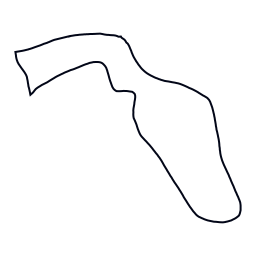 outline of Wadi Al Ayn, Hadramawt, Yemen
{"feature_id": "15242507B59999910917568", "entity_name": "Wadi Al Ayn", "entity_type": "district", "adm_level": 2, "iso_a3": "YEM", "parent_name": "Yemen", "parent_adm1": "Hadramawt", "projection": "albers", "projection_center": [48.371, 15.441], "detail": "fine", "context": "isolated", "style": "outline", "palette": "ink", "viewbox_px": 256, "rotation_deg": 0, "n_neighbors": 0, "source": "geoboundaries", "source_scale": "gbopen_adm2", "svg_char_len": 5562}
<svg xmlns="http://www.w3.org/2000/svg" viewBox="0 0 256 256"><path d="M236.4,193.1L235.5,191.3L234.8,189.5L234.6,189.0L234.1,187.8L233.6,186.5L233.4,186.0L232.5,184.1L231.8,182.5L231.0,180.7L230.3,178.8L229.4,176.9L228.6,174.8L227.7,173.0L226.7,170.9L225.9,169.1L225.4,168.1L225.0,167.2L224.0,165.1L223.2,163.2L222.5,161.4L222.1,160.4L221.8,159.4L221.2,157.4L220.7,155.4L220.3,153.3L220.1,151.4L219.9,150.2L219.8,149.6L219.8,148.9L219.7,147.8L219.4,146.0L219.3,144.2L219.1,142.2L218.8,140.2L218.6,139.0L218.4,138.0L218.2,137.1L218.0,136.1L217.8,135.0L217.5,133.7L217.4,133.2L217.1,131.8L216.5,129.6L216.3,127.8L215.9,126.0L215.8,124.9L215.7,124.2L215.3,121.8L214.9,119.6L214.7,118.2L214.6,117.6L214.2,115.9L214.2,115.6L213.8,113.7L213.6,113.1L213.4,112.1L212.8,109.7L212.2,107.4L211.4,105.2L210.8,103.6L210.1,101.7L209.0,99.8L207.7,98.4L207.5,98.1L206.0,97.1L205.6,96.9L204.5,96.2L202.9,95.4L202.3,95.0L201.7,94.6L200.5,93.9L199.6,93.3L198.7,92.8L197.9,92.2L197.0,91.7L195.4,90.8L194.4,90.3L193.5,89.8L191.4,88.8L189.1,87.9L187.6,87.1L185.4,86.1L183.8,85.4L182.1,84.7L180.3,84.0L179.0,83.6L178.6,83.5L178.0,83.3L177.3,83.2L176.4,83.0L174.6,82.6L172.7,82.3L171.0,82.0L170.9,81.9L170.1,81.8L168.6,81.5L166.5,81.2L165.9,81.1L164.6,80.9L162.7,80.3L160.9,79.8L160.2,79.5L158.9,79.1L157.0,78.3L156.3,78.1L154.6,77.4L152.6,76.4L151.2,75.7L150.5,75.4L150.1,75.1L148.8,74.4L146.9,73.2L145.3,72.0L143.8,70.7L141.9,68.9L140.6,67.4L139.8,66.3L139.6,66.0L139.3,65.7L138.7,64.9L138.3,64.4L137.8,63.6L137.3,62.8L136.0,61.0L135.9,60.7L134.8,58.9L133.6,56.8L132.6,54.6L132.3,53.8L131.7,52.5L131.5,51.8L131.2,50.9L130.4,49.1L130.3,48.9L129.5,46.9L129.0,45.8L128.6,45.1L127.7,43.6L126.3,42.5L125.7,41.3L124.5,39.7L121.9,37.9L121.6,37.7L121.3,37.3L121.1,37.0L121.0,36.9L121.0,36.7L120.9,36.5L120.7,36.5L120.1,36.6L119.7,36.7L119.4,36.7L118.5,36.7L118.0,36.5L117.5,36.2L115.7,35.6L113.9,35.3L112.0,35.2L110.3,35.1L108.6,34.9L108.1,34.9L106.4,34.8L105.9,34.7L104.5,34.5L102.2,34.0L100.5,33.7L99.9,33.7L98.8,33.7L96.7,33.8L94.7,33.9L92.4,34.0L90.6,34.0L88.7,34.1L88.4,34.2L86.5,34.2L85.7,34.3L84.5,34.3L82.8,34.5L82.3,34.5L80.5,34.7L79.8,34.7L77.6,35.0L75.4,35.2L73.5,35.5L72.4,35.7L71.0,35.9L69.3,36.4L69.3,36.2L54.5,39.8L53.9,40.0L52.3,40.6L50.7,41.3L49.7,41.7L49.1,42.0L48.2,42.3L47.4,42.7L45.6,43.3L43.9,43.8L43.0,44.2L42.3,44.5L40.1,45.4L38.0,46.1L36.0,46.8L35.4,47.0L34.3,47.4L32.4,48.1L32.2,48.2L31.5,48.4L30.0,48.9L28.8,49.2L28.4,49.4L26.7,49.8L24.3,50.4L22.4,50.8L20.1,51.2L18.3,51.5L15.9,51.9L15.4,52.0L15.5,52.5L15.8,54.5L16.0,55.7L16.0,56.3L16.4,58.4L16.9,60.2L17.3,61.2L17.7,62.3L18.5,63.7L18.5,63.8L19.8,65.7L20.5,66.7L20.9,67.3L21.2,67.7L22.0,68.9L22.4,69.3L23.2,70.5L23.9,71.4L24.3,72.0L25.2,73.4L26.2,75.2L26.9,77.0L27.2,78.8L27.6,80.6L27.9,82.6L27.9,82.8L28.2,84.3L28.5,86.5L28.7,87.1L29.1,88.5L29.2,89.0L29.5,90.3L29.7,91.3L29.9,92.1L30.1,93.2L30.3,94.4L30.4,94.8L31.5,93.8L31.7,93.7L33.1,92.4L34.4,90.7L35.7,89.1L37.1,88.0L37.8,87.5L38.6,87.0L40.1,86.1L41.8,85.0L43.4,84.2L45.2,83.3L47.2,82.3L48.6,81.4L49.2,81.0L50.5,80.2L52.3,79.1L54.0,78.1L55.4,77.2L57.4,76.1L59.1,75.3L60.3,74.7L61.1,74.3L63.3,73.3L64.0,72.9L65.3,72.3L67.1,71.6L68.8,70.9L70.6,70.1L72.7,69.5L74.4,68.9L76.3,68.1L77.8,67.5L78.4,67.3L80.2,66.5L81.9,65.8L83.5,65.1L85.6,64.3L87.6,63.7L89.6,62.9L91.7,62.5L93.4,62.1L95.5,62.0L96.8,62.0L97.2,62.0L99.0,62.1L100.0,62.3L100.8,62.5L102.4,63.3L103.7,64.5L103.8,64.6L105.2,66.2L105.7,67.0L106.2,67.8L106.8,69.5L107.2,70.5L107.4,71.4L107.9,73.0L108.6,75.4L109.2,77.7L109.7,79.4L110.3,81.3L110.6,82.1L110.9,82.9L111.1,83.5L111.7,85.2L112.4,87.0L113.5,88.8L114.2,89.5L115.0,90.2L116.4,91.1L118.1,91.2L118.6,91.2L120.0,91.2L121.7,91.1L122.9,91.0L123.5,90.9L125.1,91.0L125.9,91.0L126.4,91.0L128.2,91.2L129.2,91.4L130.1,91.5L131.5,91.7L132.2,91.8L132.5,92.0L133.6,92.8L134.8,94.1L135.2,95.8L135.2,97.3L135.2,97.6L134.9,99.9L134.6,101.3L134.5,102.1L134.4,102.6L134.3,104.0L133.9,106.2L133.5,108.4L133.3,110.4L133.4,112.3L133.3,114.2L133.4,116.2L133.7,118.1L134.4,119.6L134.5,119.8L135.2,121.4L136.0,123.4L136.1,123.6L136.6,125.0L137.0,126.4L137.2,127.0L137.8,128.9L138.6,130.9L138.8,131.5L139.1,132.1L139.5,133.1L140.1,134.3L140.3,134.7L141.3,136.1L141.4,136.3L142.5,137.5L143.9,139.0L144.9,140.1L145.1,140.3L145.4,140.6L146.3,141.5L147.7,143.1L149.4,144.9L150.9,146.7L152.3,148.4L153.4,149.9L154.2,150.9L154.7,151.5L155.9,153.1L157.3,154.7L158.3,156.2L159.4,157.6L159.7,158.0L160.4,159.1L161.4,160.6L162.3,162.2L162.4,162.3L163.1,163.6L164.2,165.6L165.2,167.2L165.8,168.2L166.3,169.0L166.8,169.8L167.2,170.6L168.1,172.0L169.2,173.8L170.4,175.9L171.5,177.4L172.5,179.2L173.2,180.3L173.4,180.6L174.7,182.7L175.1,183.2L176.0,184.5L176.6,185.4L177.0,186.0L178.3,187.9L179.5,189.9L180.5,191.4L181.7,193.4L182.9,195.4L183.7,197.0L184.7,198.6L186.0,200.6L186.8,201.9L188.1,204.0L189.0,205.3L189.5,206.1L189.9,206.8L190.5,207.5L191.5,208.9L191.6,209.0L193.0,211.0L193.5,211.6L194.5,212.7L196.0,214.5L197.3,215.7L198.6,216.6L198.9,216.8L199.4,217.0L200.7,217.6L201.7,218.1L202.7,218.5L203.8,219.0L204.2,219.2L205.9,219.8L207.7,220.4L210.0,220.9L211.5,221.2L212.0,221.3L212.4,221.4L213.9,221.7L215.9,221.8L217.8,222.0L219.5,222.2L221.5,222.3L223.3,222.3L224.7,222.1L225.4,222.0L225.6,221.9L227.5,221.5L229.6,220.9L231.3,220.4L232.8,219.6L233.6,219.2L234.5,218.8L236.0,217.9L237.5,216.8L238.1,216.3L238.2,216.2L239.0,215.5L239.7,213.9L240.0,212.8L240.2,212.0L240.6,210.2L240.6,208.2L240.6,206.3L240.6,205.7L240.5,204.5L240.2,202.4L239.6,200.7L239.3,199.9L238.9,199.0L238.1,196.9L237.3,195.3L236.5,193.4L236.4,193.1Z" fill="none" stroke="#020617" stroke-width="2"/></svg>